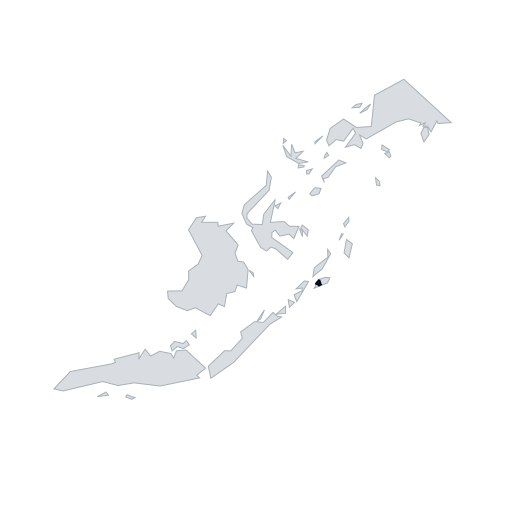 Sumba Tengah, Nusa Tenggara Timur, Indonesia (highlighted), rotated 309°
{"feature_id": "22746128B11743482298506", "entity_name": "Sumba Tengah", "entity_type": "district", "adm_level": 2, "iso_a3": "IDN", "parent_name": "Indonesia", "parent_adm1": "Nusa Tenggara Timur", "projection": "albers", "projection_center": [119.662, -9.594], "detail": "fine", "context": "in_parent", "style": "filled", "palette": "ink", "viewbox_px": 512, "rotation_deg": 309, "n_neighbors": 0, "source": "geoboundaries", "source_scale": "gbopen_adm2", "svg_char_len": 5013}
<svg xmlns="http://www.w3.org/2000/svg" viewBox="0 0 512 512"><g transform="rotate(309 256 256)"><path d="M173.1,209.3L182.3,220.4L195.3,218.6L201.9,213.1L213.5,216.1L222.5,213.8L233.9,187.1L248.3,185.6L255.2,191.8L247.9,192.5L258.2,205.1L255.4,207.9L267.5,218.0L256.7,216.9L253.3,235.2L245.1,237.9L240.5,245.2L243.5,250.2L240.5,258.4L225.1,268.8L221.5,259.7L215.2,262.0L208.4,256.9L196.8,263.3L195.1,256.8L180.8,257.9L177.6,241.4L170.2,237.0L166.7,225.8L167.7,214.6L173.1,209.3ZM25.6,182.6L49.4,184.4L81.2,211.6L85.0,213.8L86.5,210.7L107.3,226.0L102.6,229.7L113.8,228.5L111.9,237.0L121.3,241.1L126.6,251.2L124.9,256.3L132.2,253.8L138.9,260.7L137.1,287.5L126.0,285.0L125.8,288.9L94.6,263.3L80.7,241.1L68.5,230.3L62.0,215.9L29.7,191.0L25.6,182.6ZM486.4,259.7L482.5,323.8L473.5,314.1L474.8,311.5L462.6,313.9L464.9,307.6L461.8,304.1L462.9,303.7L464.9,304.0L466.0,303.7L460.5,300.9L463.1,300.3L458.6,288.3L448.5,280.6L416.3,268.0L415.3,260.4L410.6,268.5L405.7,269.9L404.4,262.3L396.8,257.1L414.1,256.1L416.5,251.1L400.4,251.8L396.9,245.0L387.6,243.4L390.4,237.9L401.9,233.4L417.6,237.8L419.1,253.2L429.2,264.1L455.5,246.9L486.4,259.7ZM326.9,218.3L315.4,224.8L283.5,222.4L279.7,225.0L278.3,233.0L284.4,241.0L293.5,235.7L312.1,235.4L291.2,246.0L300.5,256.2L300.1,263.2L306.1,270.8L293.4,274.4L293.7,267.8L286.5,262.1L288.2,254.6L284.2,253.7L280.3,256.5L281.9,282.5L273.3,282.7L274.0,267.1L272.4,262.0L266.4,260.9L265.6,254.2L272.8,236.4L276.2,236.0L274.9,228.4L280.4,218.1L288.6,214.7L317.3,219.5L329.3,211.6L326.9,218.3ZM140.3,288.3L162.7,291.2L166.3,296.1L183.5,297.1L187.4,291.8L204.3,296.4L209.1,303.6L222.8,304.7L222.7,310.7L224.7,314.3L211.6,309.7L159.1,305.6L132.6,297.8L140.3,288.3ZM355.5,220.3L365.3,213.4L360.8,221.5L367.1,226.7L356.9,225.6L362.0,237.4L354.8,230.9L352.5,217.3L358.9,207.2L355.5,220.3ZM359.3,256.7L382.8,260.0L384.9,267.2L375.5,261.7L362.3,262.5L358.5,259.6L356.2,262.8L359.3,256.7ZM304.9,312.5L287.8,315.6L275.8,313.2L283.6,308.7L300.4,312.6L306.2,307.5L304.9,312.5ZM255.6,307.8L267.1,309.3L269.1,312.9L246.2,316.4L249.9,310.0L257.8,313.6L260.4,312.2L255.6,307.8ZM325.8,316.0L326.1,323.2L313.1,329.4L313.8,322.5L325.8,316.0ZM138.4,246.6L141.9,254.3L146.4,255.2L145.1,260.1L138.4,257.9L136.0,251.7L129.5,250.6L132.5,245.9L138.4,246.6ZM459.1,314.1L450.4,314.7L455.1,306.9L461.9,305.5L463.9,308.6L459.1,314.1ZM277.8,319.9L283.1,323.3L285.5,327.2L280.1,328.5L267.5,321.4L277.8,319.9ZM345.9,258.6L349.5,264.0L344.0,265.8L337.9,261.7L338.2,258.6L345.9,258.6ZM223.4,308.3L235.6,310.6L230.2,315.0L223.4,308.3ZM242.4,308.5L244.3,315.2L237.1,314.3L242.4,308.5ZM160.4,255.9L154.6,261.1L154.9,254.8L160.4,255.9ZM421.6,284.1L422.6,292.7L419.9,293.0L417.8,286.7L421.6,284.1ZM219.4,296.5L210.1,299.2L206.1,297.8L219.4,296.5ZM309.2,272.4L309.2,280.1L303.8,283.3L305.9,273.1L309.2,272.4ZM47.0,221.2L55.9,225.0L55.0,229.0L47.0,221.2ZM69.8,251.1L66.4,249.6L64.5,243.5L67.0,243.1L69.8,251.1ZM388.7,308.2L386.9,305.1L392.1,299.6L391.7,304.7L388.7,308.2ZM381.7,230.0L391.4,232.4L380.4,231.2L381.7,230.0ZM321.8,244.1L330.7,246.4L320.9,246.1L321.8,244.1ZM305.0,276.2L300.2,279.9L304.4,273.0L305.0,276.2ZM431.7,237.5L436.8,238.5L441.4,242.3L436.8,242.9L431.7,237.5ZM344.4,303.8L341.1,306.5L334.5,306.7L336.3,303.6L344.4,303.8ZM420.8,294.1L418.5,298.0L416.2,297.8L416.7,291.4L420.8,294.1ZM359.1,244.9L353.2,245.4L351.6,244.0L354.1,241.5L359.1,244.9ZM432.2,246.8L439.4,247.7L446.3,249.5L439.6,250.1L432.2,246.8ZM306.8,239.3L312.8,241.9L306.6,243.2L306.8,239.3ZM364.8,207.1L360.7,206.3L364.7,203.5L364.8,207.1ZM320.5,310.7L327.1,308.5L327.9,310.0L320.5,310.7ZM381.1,245.8L379.9,249.2L374.9,247.3L377.5,246.3L381.1,245.8ZM241.1,264.6L238.6,267.1L240.6,259.6L241.1,264.6ZM353.6,231.6L356.6,236.5L355.4,237.2L350.9,233.3L353.6,231.6Z" fill="#d9dde1" stroke="#a8b0b8" stroke-width="1"/><path d="M273.2,323.7L273.3,323.8L273.5,323.8L273.8,323.9L274.0,323.8L274.0,324.0L273.9,324.0L274.0,324.1L274.2,323.9L274.3,323.9L274.4,324.0L274.5,324.0L274.4,324.1L274.5,324.1L274.6,324.3L274.6,324.5L274.8,324.5L275.0,324.5L275.0,324.4L275.1,324.2L275.1,323.9L275.1,323.7L275.2,323.4L275.0,323.0L275.1,322.9L275.3,322.9L275.5,322.9L275.8,322.8L276.0,322.8L276.1,322.7L276.1,322.4L276.2,322.2L276.1,321.9L276.3,321.8L276.2,321.7L276.3,321.7L276.4,321.4L276.5,321.4L276.7,321.2L276.7,321.3L276.8,321.3L276.8,321.2L276.9,320.9L276.7,320.7L276.6,320.4L276.7,320.2L276.8,320.2L276.7,320.0L276.6,319.9L276.4,319.9L276.4,319.7L276.2,319.7L276.0,319.8L275.9,319.9L275.9,320.0L275.7,320.1L275.4,320.1L275.2,320.0L274.8,320.0L274.7,320.0L274.5,319.9L274.4,319.9L274.1,319.7L273.7,319.6L273.4,319.8L273.2,319.9L272.9,319.9L272.6,319.8L272.4,319.8L272.2,319.8L271.9,319.9L271.9,320.0L272.0,320.2L272.0,320.3L272.1,320.5L272.2,320.8L272.3,320.8L272.3,321.0L272.4,321.3L272.5,321.4L272.8,321.5L272.9,321.8L272.8,322.0L272.7,322.0L272.6,322.3L272.6,322.5L272.5,322.8L272.5,323.0L272.6,322.9L272.7,323.0L272.8,322.9L273.0,323.0L272.9,323.2L272.9,323.3L272.8,323.5L273.1,323.6L273.2,323.7Z" fill="#0f172a" stroke="#020617" stroke-width="1.5"/></g></svg>